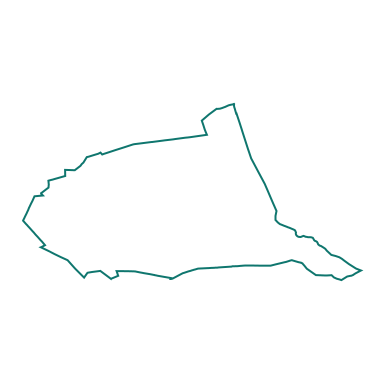 Stružānu pag., Rezeknes, Latvia
{"feature_id": "27541924B41933638404830", "entity_name": "Stružānu pag.", "entity_type": "district", "adm_level": 2, "iso_a3": "LVA", "parent_name": "Latvia", "parent_adm1": "Rezeknes", "projection": "equal_earth", "projection_center": [27.216, 56.721], "detail": "fine", "context": "isolated", "style": "outline", "palette": "teal", "viewbox_px": 384, "rotation_deg": 0, "n_neighbors": 0, "source": "geoboundaries", "source_scale": "gbopen_adm2", "svg_char_len": 4396}
<svg xmlns="http://www.w3.org/2000/svg" viewBox="0 0 384 384"><path d="M234.0,103.9L232.5,104.5L232.4,104.5L231.0,104.7L228.7,105.3L227.1,106.0L226.3,106.4L226.2,106.4L225.6,106.7L225.2,106.9L224.6,107.1L224.0,107.3L223.0,107.7L221.9,108.1L221.3,108.3L220.8,108.4L220.3,108.6L220.0,108.7L219.9,108.7L217.2,108.9L216.6,108.8L208.9,114.5L201.8,120.6L203.3,125.0L204.7,129.4L205.8,132.2L206.9,134.8L195.7,136.4L190.1,137.2L187.5,137.5L185.3,137.7L175.5,139.0L172.9,139.4L168.6,139.9L164.3,140.4L162.9,140.6L152.1,142.0L151.6,142.0L138.2,143.7L134.8,144.1L133.6,144.3L133.3,144.4L132.8,144.5L123.6,147.5L119.5,148.8L117.6,149.4L115.1,150.2L106.6,153.0L106.3,153.1L103.8,153.9L102.2,154.5L102.0,154.3L100.5,152.6L98.1,153.8L95.7,154.5L93.4,155.2L88.6,156.7L86.8,157.1L83.4,162.6L81.7,164.1L80.5,165.8L74.8,170.2L73.8,170.2L68.7,170.0L65.3,169.9L65.1,169.9L65.2,176.0L59.9,177.5L58.2,178.0L54.6,179.0L52.3,179.7L51.7,179.8L50.2,180.2L49.1,180.5L48.7,180.6L48.4,180.7L48.6,182.7L48.7,183.8L48.8,184.8L48.7,185.1L48.5,187.6L46.1,189.4L45.2,190.1L41.3,193.1L41.2,193.1L41.1,193.4L41.1,193.6L42.9,195.5L34.5,196.3L32.4,201.0L31.2,203.3L29.2,207.5L29.0,207.8L28.2,210.0L27.3,211.8L26.7,213.2L25.8,215.0L25.0,216.6L24.3,218.1L23.7,219.3L23.3,220.1L23.3,220.3L23.1,220.7L23.9,221.6L25.4,223.3L26.1,224.1L27.1,225.1L28.2,226.4L28.7,226.9L29.7,228.0L30.6,229.0L32.1,230.7L33.2,231.9L33.9,232.6L34.5,233.4L35.8,234.9L37.6,236.8L40.7,240.3L41.8,241.4L45.0,245.2L43.7,245.9L42.7,246.4L41.4,247.1L40.9,247.3L41.1,247.4L48.4,250.9L54.6,254.1L60.8,257.1L67.6,260.2L74.3,267.7L75.4,268.9L83.2,276.7L83.4,276.9L84.1,277.6L86.6,274.0L87.5,272.8L88.4,272.6L92.0,272.0L99.7,271.0L99.9,271.0L100.3,270.9L104.2,273.8L108.9,277.3L111.0,278.9L111.1,278.7L112.2,278.3L118.2,275.8L116.6,271.1L127.7,271.2L131.9,271.3L133.6,271.3L134.2,271.4L134.4,271.4L134.9,271.4L135.1,271.4L135.5,271.5L139.9,272.4L141.6,272.7L142.7,272.9L143.6,273.1L150.2,274.2L152.2,274.6L152.8,274.7L153.1,274.8L154.2,275.0L154.4,275.0L154.5,275.1L156.6,275.5L157.4,275.7L157.9,275.8L167.1,277.4L171.2,278.1L170.7,279.0L170.9,279.0L171.4,278.9L172.6,278.6L173.7,278.0L175.6,277.0L182.2,273.5L182.4,273.4L182.8,273.2L184.2,272.8L185.4,272.4L188.4,271.4L190.7,270.8L191.2,270.6L192.1,270.3L192.9,270.1L193.8,269.8L195.4,269.4L197.7,268.7L198.1,268.6L206.2,268.2L207.7,268.1L208.3,268.1L208.5,268.1L211.4,267.9L214.4,267.8L215.1,267.7L215.5,267.7L216.6,267.7L217.1,267.7L218.1,267.5L219.3,267.4L220.8,267.3L229.9,266.7L231.6,266.6L232.3,266.3L236.4,266.2L236.9,266.2L237.0,266.2L239.3,266.0L240.0,265.9L240.3,265.9L243.9,265.6L245.7,265.5L247.4,265.5L250.3,265.5L251.5,265.5L255.8,265.6L264.3,265.7L266.6,265.7L268.7,265.7L268.9,265.7L270.5,265.7L275.2,264.5L284.7,262.2L285.8,262.0L289.3,260.9L289.8,260.7L291.7,260.2L291.9,260.2L292.8,260.5L298.6,262.2L301.1,262.7L301.3,263.0L302.4,263.3L302.8,263.9L304.4,265.7L306.8,268.7L315.9,275.1L320.9,275.3L321.0,275.3L323.1,275.4L326.3,275.5L331.6,275.2L333.9,277.4L336.7,278.7L339.7,279.5L341.4,280.1L347.2,276.5L350.5,275.8L351.5,275.7L352.5,275.2L353.1,275.0L354.2,274.2L355.3,273.5L356.0,273.1L361.0,270.5L356.1,268.6L355.6,268.3L350.4,265.0L349.1,264.2L344.3,260.7L342.0,258.9L339.4,257.3L335.6,256.0L331.3,254.9L327.0,250.9L326.3,250.1L325.3,248.8L323.7,247.7L322.9,247.2L321.0,246.0L319.7,245.6L319.4,245.4L318.2,244.4L317.5,242.7L317.0,241.9L316.3,241.4L315.4,241.0L314.8,240.8L314.1,240.1L313.8,239.5L312.8,237.8L311.2,237.3L310.2,237.2L308.0,237.2L306.8,236.9L305.8,236.8L305.4,236.7L304.8,236.4L304.7,236.3L303.4,235.9L300.7,237.0L298.9,236.9L298.3,236.7L297.6,236.4L297.0,235.9L296.4,235.3L295.9,234.2L295.8,233.6L295.9,233.0L296.0,232.5L295.7,231.9L295.4,231.1L295.0,230.4L294.6,230.0L293.9,229.7L293.3,229.4L291.8,228.8L291.1,228.5L290.3,228.1L289.9,228.0L289.5,227.8L289.1,227.7L288.7,227.5L288.3,227.4L288.0,227.3L287.7,227.2L287.3,227.0L286.9,226.8L286.5,226.7L286.2,226.6L285.9,226.4L285.6,226.3L285.0,226.1L284.4,225.9L281.5,224.7L279.9,224.1L278.0,222.6L276.9,221.5L276.3,220.8L275.5,220.0L275.5,215.9L276.5,211.0L273.5,204.2L273.4,204.0L270.6,197.5L267.7,190.7L264.7,183.8L258.7,172.6L255.2,166.0L251.7,159.4L251.2,158.5L248.3,149.9L248.2,149.7L242.2,131.0L242.2,130.9L239.5,122.5L236.5,113.5L236.2,113.6L236.0,112.9L235.4,110.9L235.3,110.6L235.0,109.4L234.7,108.4L234.5,107.9L234.4,107.6L234.3,107.3L234.0,105.8L234.1,104.0L234.0,103.9Z" fill="none" stroke="#0f766e" stroke-width="2"/></svg>